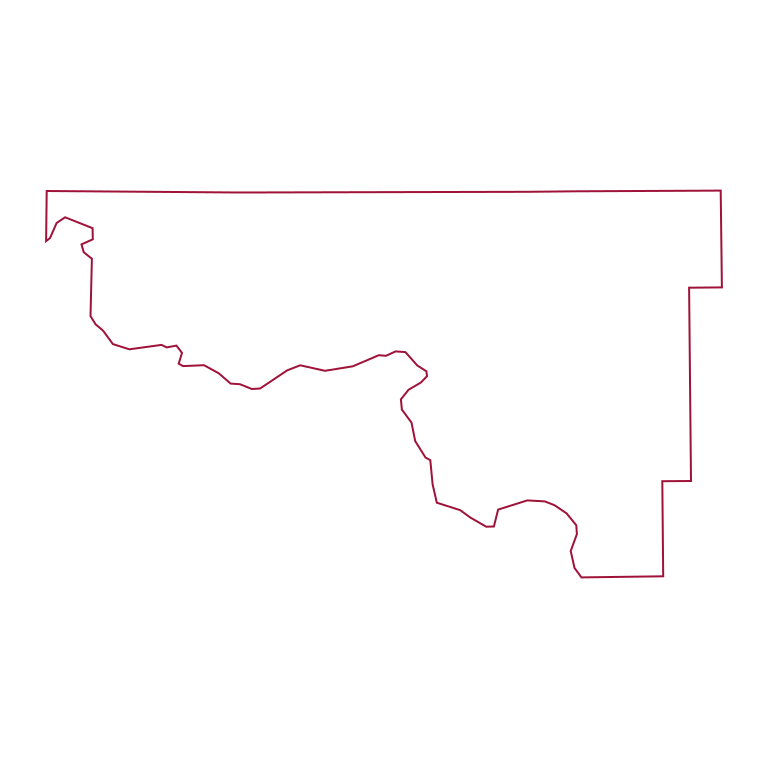 outline of McLean, North Dakota, United States of America
{"feature_id": "52423323B32428642019843", "entity_name": "McLean", "entity_type": "district", "adm_level": 2, "iso_a3": "USA", "parent_name": "United States of America", "parent_adm1": "North Dakota", "projection": "orthographic", "projection_center": [-101.559, 47.503], "detail": "fine", "context": "isolated", "style": "outline", "palette": "rose", "viewbox_px": 768, "rotation_deg": 0, "n_neighbors": 0, "source": "geoboundaries", "source_scale": "gbopen_adm2", "svg_char_len": 979}
<svg xmlns="http://www.w3.org/2000/svg" viewBox="0 0 768 768"><path d="M720.7,190.6L576.1,191.3L528.0,191.8L239.0,192.5L46.7,191.0L46.1,241.1L50.0,238.1L56.6,223.0L65.1,217.3L92.6,228.2L92.8,239.3L81.5,244.4L83.7,252.2L91.9,258.8L90.5,316.1L95.5,324.2L103.2,330.8L112.9,344.1L129.4,349.3L161.5,344.9L166.7,347.4L176.4,345.6L182.0,352.9L178.7,363.7L183.1,366.1L204.0,365.2L218.8,373.3L230.6,383.6L239.9,384.2L251.8,389.0L260.1,388.5L287.3,370.3L300.2,365.3L325.0,370.8L352.8,366.3L378.8,355.2L386.0,355.8L395.6,351.4L405.4,352.1L417.3,365.5L426.4,371.3L427.0,376.2L420.9,382.5L408.5,389.8L400.9,399.3L401.9,409.6L411.5,422.6L415.2,441.1L425.5,457.5L430.3,460.2L432.6,484.3L436.8,502.7L460.3,510.2L470.4,517.6L486.2,526.7L493.9,526.5L498.1,509.6L527.3,500.4L544.8,501.4L554.5,505.2L566.6,513.4L576.3,525.3L576.9,534.1L570.7,551.0L574.5,567.9L581.4,577.4L663.2,576.3L662.3,481.2L691.0,481.0L689.1,287.7L721.9,287.4L720.7,190.6Z" fill="none" stroke="#9f1239" stroke-width="2"/></svg>